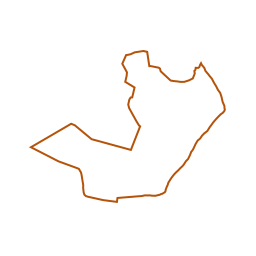 the district of Obanliku, Cross River, Nigeria, rotated 77°
{"feature_id": "59680162B73921161942586", "entity_name": "Obanliku", "entity_type": "district", "adm_level": 2, "iso_a3": "NGA", "parent_name": "Nigeria", "parent_adm1": "Cross River", "projection": "mercator", "projection_center": [9.31, 6.471], "detail": "fine", "context": "isolated", "style": "outline", "palette": "amber", "viewbox_px": 256, "rotation_deg": 77, "n_neighbors": 0, "source": "geoboundaries", "source_scale": "gbopen_adm2", "svg_char_len": 1733}
<svg xmlns="http://www.w3.org/2000/svg" viewBox="0 0 256 256"><g transform="rotate(77 128 128)"><path d="M86.7,40.1L83.1,41.9L81.3,42.3L82.5,43.4L84.8,44.9L85.2,46.0L84.6,48.5L86.2,49.1L86.9,49.7L87.3,50.5L89.9,50.7L94.3,53.7L95.3,57.9L95.7,62.9L94.8,66.7L93.8,69.2L92.4,73.3L91.3,75.8L80.1,83.4L77.3,83.5L76.2,84.4L72.8,91.9L72.5,93.3L58.1,92.2L56.4,95.8L55.8,104.4L56.7,108.8L56.7,110.6L56.7,111.5L56.5,113.4L64.1,119.1L73.5,116.5L76.9,117.6L82.4,120.3L90.0,112.5L99.1,117.0L98.9,118.6L100.6,120.3L105.2,122.5L108.9,122.4L123.2,118.3L128.0,116.7L129.1,115.8L150.0,130.1L130.7,166.0L113.4,179.2L111.1,182.4L124.9,226.9L132.3,218.1L144.8,203.3L155.6,186.7L156.7,185.1L160.8,183.8L163.4,183.8L173.8,184.5L175.8,185.1L180.7,185.7L183.1,185.5L184.8,184.4L185.8,182.8L191.2,171.5L192.8,168.1L197.5,155.4L193.8,154.0L196.9,133.0L196.9,132.9L197.4,129.8L197.4,127.0L198.8,121.1L199.3,120.1L199.7,118.4L200.2,116.6L200.2,114.8L200.2,112.1L199.8,110.7L199.8,109.3L199.3,108.0L198.9,106.6L198.0,105.7L196.7,105.2L195.3,104.3L194.0,103.4L192.6,102.3L192.2,102.0L190.5,101.1L189.4,100.0L187.3,97.9L186.0,96.5L183.8,93.8L182.0,91.1L180.7,88.8L179.8,87.4L178.9,86.1L177.6,83.8L177.1,83.1L176.3,82.0L174.9,80.6L173.2,78.8L171.8,76.5L169.6,74.7L167.8,73.3L165.6,71.9L163.8,69.7L162.1,68.3L160.3,66.9L158.5,65.5L155.8,62.8L155.4,61.9L154.5,60.1L152.3,57.8L150.5,55.1L148.8,51.4L145.2,47.8L144.1,46.4L141.7,43.7L139.0,40.0L137.6,37.9L137.2,37.3L135.5,34.6L134.6,32.3L133.3,30.5L131.9,29.5L130.1,29.5L128.4,29.1L126.5,29.4L126.1,29.5L123.9,29.9L120.3,29.9L118.5,29.9L114.5,30.3L111.3,31.7L107.7,32.6L107.2,32.7L103.7,33.9L98.8,35.2L96.1,36.6L93.7,37.7L92.5,38.3L90.2,39.5L89.8,39.7L86.7,40.1Z" fill="none" stroke="#b45309" stroke-width="2"/></g></svg>